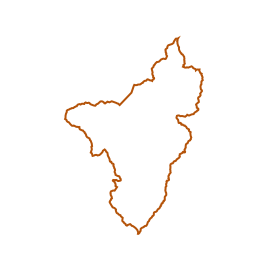 Contumaza, Cajamarca, Peru (Albers equal-area conic projection), rotated 105°
{"feature_id": "86281439B42243270473185", "entity_name": "Contumaza", "entity_type": "district", "adm_level": 2, "iso_a3": "PER", "parent_name": "Peru", "parent_adm1": "Cajamarca", "projection": "albers", "projection_center": [-78.994, -7.42], "detail": "fine", "context": "isolated", "style": "outline", "palette": "amber", "viewbox_px": 256, "rotation_deg": 105, "n_neighbors": 0, "source": "geoboundaries", "source_scale": "gbopen_adm2", "svg_char_len": 5768}
<svg xmlns="http://www.w3.org/2000/svg" viewBox="0 0 256 256"><g transform="rotate(105 128 128)"><path d="M140.1,181.5L139.7,181.1L139.7,180.8L140.2,178.5L140.2,177.9L140.0,177.4L140.0,176.2L139.6,175.5L139.7,175.1L140.6,175.0L141.7,174.2L142.1,172.3L142.1,170.8L142.8,170.1L143.2,168.9L144.1,168.4L144.3,167.7L144.7,167.5L145.5,166.7L146.3,166.4L147.5,165.0L148.0,162.6L148.9,161.9L149.4,161.7L149.8,160.9L152.4,159.0L154.9,158.0L155.5,158.5L155.8,158.5L156.6,158.0L158.1,157.4L161.4,157.6L161.8,156.4L164.1,155.0L163.4,153.7L163.0,153.4L162.4,152.4L162.1,151.3L162.4,150.3L161.5,148.6L159.7,147.4L158.0,146.5L156.4,146.3L154.8,145.0L155.4,143.9L156.6,142.9L157.1,141.6L158.9,140.7L159.8,140.4L162.6,137.9L164.2,137.2L165.0,136.7L165.2,136.1L165.0,135.4L165.7,135.0L166.4,134.2L166.4,133.1L166.7,132.6L167.4,132.3L168.1,132.4L168.9,131.9L169.4,131.3L170.5,130.8L170.7,130.4L172.0,129.6L173.9,129.6L175.3,128.4L176.5,127.9L177.0,125.7L176.9,124.3L177.1,123.7L178.2,123.0L179.0,122.0L180.1,121.5L180.5,121.5L180.9,121.9L181.7,123.5L181.8,124.0L181.2,125.9L181.7,127.1L182.0,128.8L182.4,129.0L182.8,129.0L183.1,128.5L183.5,127.0L184.2,126.7L184.8,125.9L186.4,125.1L187.0,125.2L187.3,125.1L187.9,123.3L191.9,124.7L192.3,126.3L193.7,128.1L194.8,128.2L195.7,128.0L196.1,127.6L196.9,127.5L197.7,127.0L198.1,126.4L199.1,125.7L199.6,125.7L200.2,125.3L201.0,126.0L202.0,125.9L202.7,126.4L203.5,126.4L204.0,126.6L204.6,126.4L207.6,123.4L207.9,122.9L208.6,122.4L208.8,120.3L209.8,118.5L210.9,118.4L212.7,117.2L213.1,116.6L213.3,115.4L214.0,114.6L214.2,112.7L215.1,112.2L216.1,109.9L218.8,109.6L219.6,109.1L220.1,107.7L220.9,107.0L221.2,105.7L222.2,105.0L222.6,104.1L222.4,103.5L221.7,103.1L220.3,101.1L220.6,100.3L221.5,99.1L221.4,98.2L222.1,96.1L222.9,94.4L224.2,92.5L226.3,91.1L227.6,91.0L227.5,90.5L226.3,89.8L224.6,89.5L224.2,89.2L222.0,89.6L220.8,88.7L220.1,87.7L219.3,87.2L219.2,86.8L218.2,86.2L217.8,85.1L217.5,84.9L215.7,84.5L214.7,84.5L213.8,84.5L212.3,83.6L210.7,83.5L209.2,82.7L208.2,81.9L207.3,81.8L206.6,81.5L206.2,80.9L205.4,80.6L203.5,81.0L203.1,81.0L202.5,80.7L201.5,79.1L200.7,78.6L198.9,78.2L197.6,77.0L196.9,76.7L196.2,76.7L195.1,76.1L194.3,76.4L193.6,75.9L192.3,76.0L191.6,75.1L190.9,75.3L189.6,74.4L189.0,74.7L188.2,73.9L187.3,74.0L185.8,74.5L184.9,74.6L182.8,73.7L181.7,74.0L180.5,74.5L180.1,75.0L178.3,75.9L177.4,75.9L175.4,76.4L174.2,75.9L172.3,76.7L171.1,76.5L169.9,76.7L169.6,77.0L168.8,76.7L168.6,76.0L167.8,75.1L167.0,75.1L166.6,75.3L166.1,76.0L165.3,75.9L164.4,76.4L163.9,76.5L163.1,76.2L161.9,76.1L160.5,75.4L159.8,75.3L159.1,75.8L157.8,76.1L157.3,76.5L156.1,76.6L154.3,77.0L153.6,77.4L152.1,77.5L151.0,76.7L150.6,75.7L149.8,75.3L148.9,75.2L148.0,74.6L147.8,73.9L147.3,73.3L146.7,73.2L146.2,72.9L145.6,72.8L145.1,72.2L144.7,72.0L143.7,71.1L142.3,70.5L141.6,71.1L140.8,71.0L139.9,71.2L138.3,69.3L136.8,68.7L136.7,68.3L137.2,67.6L136.7,66.7L136.1,66.7L135.4,67.3L134.4,67.8L133.5,67.6L133.1,67.3L132.5,67.4L131.7,67.2L130.8,67.6L128.8,67.8L127.6,67.0L127.3,66.5L125.0,66.2L123.8,64.8L123.1,64.8L122.6,64.4L121.9,64.6L120.8,64.4L119.4,65.4L117.0,66.4L115.8,66.4L115.7,66.5L115.8,66.9L115.1,68.2L114.6,68.6L113.6,68.7L113.0,71.0L111.7,72.2L111.4,73.1L111.4,73.4L110.9,73.9L111.1,75.0L110.5,76.1L110.9,76.7L111.0,77.2L110.5,77.7L109.8,77.9L109.5,78.8L110.0,80.0L109.9,80.4L107.1,81.8L105.9,83.6L105.3,83.9L103.6,83.9L103.0,83.0L102.7,82.0L103.0,80.5L102.4,78.8L102.3,75.7L100.7,74.5L99.9,74.2L100.2,72.7L100.0,71.9L99.2,71.1L98.2,69.7L97.6,68.2L96.2,67.8L95.1,67.0L94.1,65.9L93.2,65.7L92.9,65.1L92.5,64.8L91.5,64.9L91.1,65.2L90.6,66.8L89.3,67.2L87.8,68.3L87.1,68.1L84.5,66.3L82.8,67.0L82.2,67.5L81.1,68.0L80.6,68.0L80.2,67.9L78.9,66.8L77.7,66.4L77.2,66.5L76.2,67.2L73.1,66.1L72.4,66.5L72.2,67.1L71.6,67.7L69.3,68.7L67.6,68.8L67.0,68.4L64.1,69.1L63.7,69.0L62.4,68.2L61.2,69.0L59.6,69.1L59.1,69.7L58.2,70.1L57.5,71.0L56.5,70.9L56.1,72.4L54.1,74.0L53.0,74.1L53.4,75.3L53.6,76.4L53.9,76.9L54.7,77.4L54.0,77.7L53.6,78.4L53.3,80.4L52.3,81.6L52.0,82.6L54.1,85.5L54.1,86.8L54.6,87.4L54.9,88.6L54.6,90.7L54.3,90.6L53.6,90.2L53.0,90.8L52.7,90.8L52.1,90.2L51.1,89.8L49.6,90.7L48.7,90.7L47.7,91.4L46.5,91.4L45.6,91.9L44.8,92.1L42.9,94.2L42.8,95.3L42.1,95.7L41.9,96.3L40.9,97.5L39.4,98.8L38.0,99.4L36.8,99.6L36.0,100.5L34.8,101.4L33.3,102.2L31.8,102.6L31.5,103.0L31.1,103.1L30.3,102.8L29.6,103.1L28.4,102.8L29.0,103.4L29.2,104.7L30.0,105.2L32.5,106.0L34.2,106.1L35.4,107.1L37.6,110.4L38.1,110.7L39.0,111.0L40.7,110.8L41.1,111.2L42.4,112.1L43.3,111.9L43.9,111.4L44.8,111.4L45.9,110.3L46.6,110.4L47.6,109.8L48.4,108.9L51.1,109.3L51.5,109.5L51.8,110.0L51.8,111.4L52.0,112.1L53.3,113.8L55.2,114.8L55.9,115.3L56.7,116.7L56.8,117.2L58.5,118.2L60.4,118.8L60.8,119.3L62.3,119.2L64.3,120.3L64.7,120.4L68.0,118.6L69.1,118.6L70.2,118.2L71.1,117.2L72.4,116.9L72.8,115.9L73.4,115.6L74.4,115.9L74.9,116.7L76.3,116.8L76.1,117.7L76.3,119.2L75.9,120.9L76.0,121.9L77.6,122.7L78.1,124.0L78.4,124.3L79.5,125.2L80.6,125.4L81.1,126.3L81.9,126.8L82.8,127.6L83.5,129.7L84.2,130.4L84.7,132.0L84.7,133.1L85.6,133.3L93.0,133.8L108.0,142.0L107.0,143.8L107.1,144.6L106.8,145.7L106.4,150.6L108.0,152.6L107.9,154.7L109.0,155.4L109.5,156.1L110.2,156.5L110.2,157.2L109.6,157.8L109.0,159.4L109.1,160.5L109.5,161.5L112.4,163.4L113.3,164.6L114.9,165.3L115.0,165.5L115.1,167.1L114.8,170.0L114.6,170.7L113.9,171.6L113.7,172.4L114.3,173.4L114.5,174.4L114.3,175.5L115.1,176.3L116.1,176.5L116.4,178.6L116.7,179.1L117.6,179.8L117.4,180.8L118.2,182.3L119.3,183.0L120.2,183.1L120.6,184.0L121.2,184.4L121.5,185.0L122.9,186.0L123.4,187.5L124.0,188.0L124.4,188.8L125.3,189.6L126.3,191.1L127.2,191.6L128.5,191.3L130.3,191.6L132.3,191.5L134.3,191.0L135.6,191.1L136.0,189.7L137.1,188.9L137.7,187.9L137.7,187.2L137.8,186.6L139.5,184.3L140.3,182.7L140.1,181.5Z" fill="none" stroke="#b45309" stroke-width="2"/></g></svg>